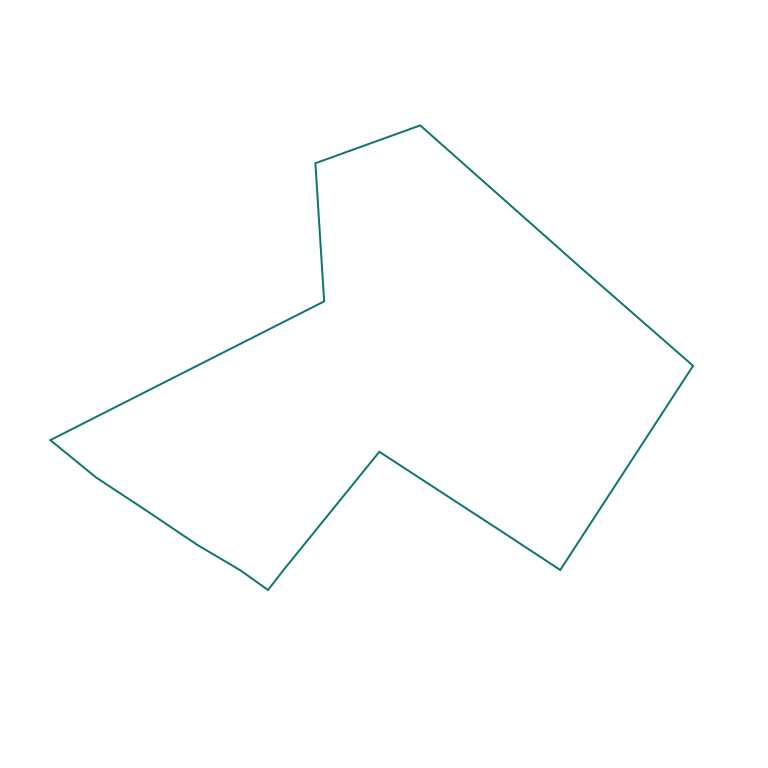 Basseknou, Hodh ech Chargui, Mauritania, rotated 303°
{"feature_id": "47542326B79518958456259", "entity_name": "Basseknou", "entity_type": "district", "adm_level": 2, "iso_a3": "MRT", "parent_name": "Mauritania", "parent_adm1": "Hodh ech Chargui", "projection": "equal_earth", "projection_center": [-6.334, 16.078], "detail": "fine", "context": "isolated", "style": "outline", "palette": "teal", "viewbox_px": 768, "rotation_deg": 303, "n_neighbors": 0, "source": "geoboundaries", "source_scale": "gbopen_adm2", "svg_char_len": 394}
<svg xmlns="http://www.w3.org/2000/svg" viewBox="0 0 768 768"><g transform="rotate(303 384 384)"><path d="M324.0,633.1L567.6,633.3L588.2,489.1L620.6,273.5L531.8,206.2L420.7,288.8L297.7,217.4L155.2,134.7L148.8,193.5L148.4,252.4L147.7,295.1L147.4,315.8L149.5,365.3L148.6,386.3L148.0,398.9L174.0,401.1L324.6,417.0L324.4,563.8L324.0,633.1Z" fill="none" stroke="#0f766e" stroke-width="2"/></g></svg>